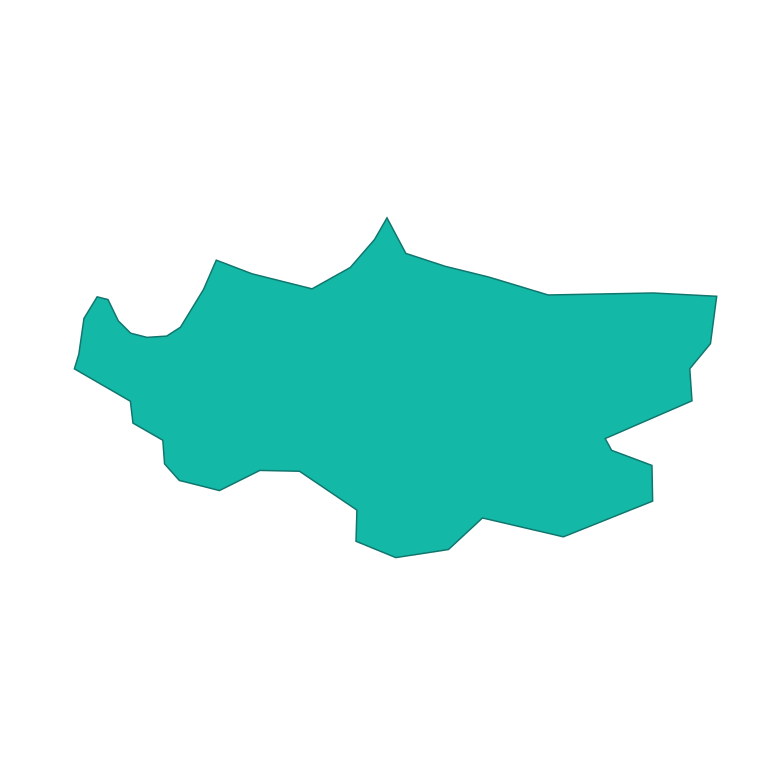 outline of Bath and North East Somerset, rotated 14°
{"feature_id": "GBR-2043", "entity_name": "Bath and North East Somerset", "entity_type": "Unitary Authority", "adm_level": 1, "iso_a3": "GBR", "parent_name": "United Kingdom", "parent_adm1": "", "projection": "albers", "projection_center": [-2.517, 51.347], "detail": "fine", "context": "isolated", "style": "filled", "palette": "teal", "viewbox_px": 768, "rotation_deg": 14, "n_neighbors": 0, "source": "natural_earth", "source_scale": "10m", "svg_char_len": 705}
<svg xmlns="http://www.w3.org/2000/svg" viewBox="0 0 768 768"><g transform="rotate(14 384 384)"><path d="M673.0,432.6L595.0,488.9L511.9,490.2L486.6,529.0L437.4,549.6L394.9,543.4L388.2,512.9L323.1,489.1L284.4,497.9L250.1,527.2L208.7,527.1L190.4,514.6L183.0,492.1L149.9,482.7L142.1,462.1L79.9,444.2L80.7,429.0L77.0,392.9L84.6,368.8L95.8,368.9L110.9,387.0L125.9,396.0L142.7,396.1L161.5,390.1L172.8,378.1L186.0,336.0L191.3,304.4L229.2,309.0L291.1,309.1L323.1,279.1L339.9,246.0L346.7,222.1L373.6,252.0L414.9,255.0L459.9,254.9L521.8,257.9L623.0,230.6L685.6,218.4L691.0,265.9L677.0,295.2L686.9,325.8L611.8,383.4L620.9,393.3L663.7,398.2L673.0,432.6Z" fill="#14b8a6" stroke="#0f766e" stroke-width="1.5"/></g></svg>